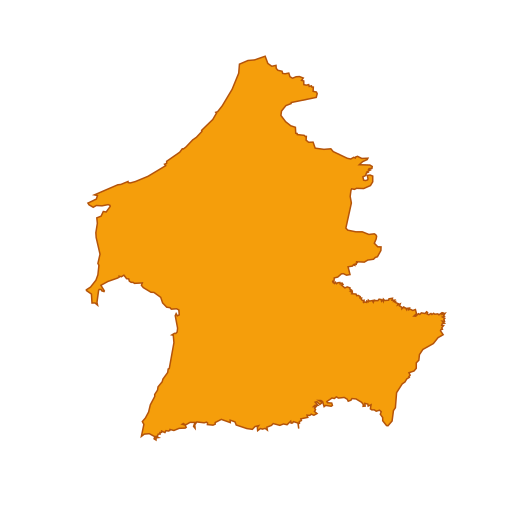 Indramayu, Jawa Barat, Indonesia (Equal Earth projection), rotated 258°
{"feature_id": "22746128B59462811669242", "entity_name": "Indramayu", "entity_type": "district", "adm_level": 2, "iso_a3": "IDN", "parent_name": "Indonesia", "parent_adm1": "Jawa Barat", "projection": "equal_earth", "projection_center": [108.112, -6.449], "detail": "fine", "context": "isolated", "style": "filled", "palette": "amber", "viewbox_px": 512, "rotation_deg": 258, "n_neighbors": 0, "source": "geoboundaries", "source_scale": "gbopen_adm2", "svg_char_len": 6065}
<svg xmlns="http://www.w3.org/2000/svg" viewBox="0 0 512 512"><g transform="rotate(258 256 256)"><path d="M449.5,306.5L448.1,295.3L448.9,288.8L447.1,279.7L438.4,277.1L424.0,267.3L409.9,254.2L405.1,248.4L404.9,246.5L403.9,247.0L398.5,242.1L390.2,228.9L389.1,229.0L384.5,222.4L382.8,218.3L377.1,210.0L375.8,207.2L376.2,206.2L373.4,203.0L367.2,188.3L365.1,187.8L364.8,185.6L363.1,186.4L356.4,166.9L353.9,153.4L353.6,148.2L354.3,146.3L355.5,146.3L354.1,138.7L354.4,135.6L349.4,110.6L348.1,113.5L344.9,111.7L342.7,102.6L340.8,103.3L337.5,106.9L338.6,110.3L337.1,115.8L337.0,122.1L335.9,123.7L334.8,123.7L330.2,118.6L331.3,115.9L327.2,112.8L326.4,108.2L320.9,107.6L312.1,104.2L307.3,103.5L290.2,103.8L281.6,99.8L279.5,100.4L270.4,97.4L265.6,94.4L260.0,87.7L258.2,83.0L257.4,83.0L253.0,87.1L244.1,85.8L243.5,88.8L240.9,90.8L243.7,90.8L255.1,94.9L255.9,95.7L255.4,97.6L254.0,97.9L252.8,99.9L253.4,100.4L259.6,98.2L261.9,105.9L263.2,116.0L263.8,117.8L264.7,117.9L263.7,120.0L264.7,122.8L260.7,124.7L260.1,126.7L257.7,126.9L256.2,128.4L255.7,130.4L254.5,131.4L253.3,139.2L251.2,137.8L248.5,139.2L242.4,145.7L241.6,148.6L235.4,154.2L229.5,154.9L224.5,158.0L223.3,161.2L221.6,162.1L220.9,167.3L219.3,169.3L214.4,168.7L213.8,166.6L216.2,165.9L214.4,164.6L201.7,164.3L198.1,163.1L196.9,161.4L197.3,160.2L196.3,157.3L195.7,158.6L188.3,157.7L164.0,147.8L163.7,146.6L160.4,145.4L155.0,139.4L152.5,138.1L148.4,133.0L145.3,131.8L141.6,128.1L139.7,127.8L132.4,121.7L125.7,118.5L120.5,114.1L117.7,110.4L114.6,111.3L103.4,106.4L105.0,109.7L104.4,114.7L100.3,119.5L98.4,118.3L96.8,119.9L98.9,120.5L98.7,122.9L100.3,120.9L100.3,122.1L102.1,123.3L101.8,125.2L103.3,125.3L103.1,127.0L104.4,127.3L102.2,130.2L103.9,131.7L103.0,133.8L103.2,135.4L104.2,135.8L102.4,139.4L103.4,145.0L102.4,150.9L102.9,152.1L105.5,151.4L106.8,148.8L107.3,150.1L105.4,152.0L107.0,156.9L105.9,161.7L102.3,159.5L100.2,160.6L103.6,161.0L106.0,163.6L103.6,170.7L103.8,173.1L102.8,173.9L101.2,173.4L99.5,178.8L100.0,181.1L101.6,181.5L103.4,188.1L98.4,196.2L100.8,196.6L98.8,199.9L98.0,201.0L94.8,201.5L89.1,211.2L87.2,216.4L89.4,219.6L89.5,223.2L88.2,221.7L84.8,221.3L86.3,224.5L85.3,226.3L85.5,229.1L83.4,230.9L86.3,231.0L87.1,235.9L88.5,238.0L85.4,244.1L86.0,248.0L84.5,251.3L87.2,255.6L85.2,255.6L85.1,257.1L86.2,258.2L83.9,262.3L78.3,261.9L83.0,262.4L83.4,263.8L85.1,264.0L85.6,266.2L87.4,266.0L87.4,273.1L89.7,272.8L88.9,275.5L89.8,277.1L88.2,279.5L89.2,282.9L91.8,280.9L93.3,282.3L94.9,281.7L96.1,283.4L96.7,281.0L97.7,282.6L97.1,285.5L100.7,283.5L100.9,285.2L97.5,287.6L98.9,290.4L101.6,287.5L101.1,289.6L99.7,290.9L94.5,291.3L95.4,293.1L93.4,298.3L94.0,299.7L96.4,299.5L97.6,295.4L98.9,295.0L101.3,300.8L100.3,303.0L101.5,305.3L99.9,307.1L99.3,312.9L96.9,315.5L94.8,316.0L95.2,318.9L96.6,320.2L95.4,324.1L90.9,328.9L88.3,330.1L86.7,329.5L86.5,331.6L89.2,331.8L87.9,334.6L85.9,334.5L86.6,337.6L82.7,336.1L81.4,337.3L80.9,339.7L79.2,341.3L79.5,344.8L77.6,346.1L75.4,344.7L71.7,346.3L68.5,345.7L63.0,348.4L62.5,349.8L66.3,354.8L76.2,358.3L78.6,360.8L93.1,365.1L100.5,372.4L101.8,375.5L104.4,377.9L105.4,380.7L106.1,380.4L107.4,382.0L110.0,381.3L110.7,386.7L112.8,389.4L118.2,390.6L120.2,393.6L125.6,395.4L129.9,399.8L133.5,411.3L138.3,417.1L140.1,422.7L144.5,420.9L145.6,421.6L145.6,423.1L147.2,422.8L149.0,425.0L149.6,423.2L151.4,424.3L151.1,426.3L153.5,424.7L152.9,426.8L154.9,426.6L155.8,427.7L157.6,425.7L157.9,427.7L158.7,427.1L160.6,429.0L160.3,426.1L161.4,427.2L161.9,426.2L160.4,422.7L161.6,421.8L161.9,418.7L163.0,417.8L162.2,415.9L163.4,415.2L162.6,412.8L163.7,411.3L165.0,412.1L166.0,411.3L164.6,409.4L166.0,405.9L164.8,404.1L165.8,402.9L163.9,399.7L164.4,398.0L166.2,401.0L170.5,400.8L170.1,398.1L172.2,395.4L171.2,393.6L173.2,395.2L173.4,392.8L172.2,392.2L174.1,391.5L174.8,389.8L175.8,390.4L174.0,387.7L175.6,387.9L177.4,386.0L179.2,387.1L178.6,384.3L179.8,385.2L181.7,382.5L182.5,383.1L182.9,381.2L184.0,382.5L184.5,379.8L186.3,380.7L186.5,377.2L185.2,376.5L185.7,372.6L187.2,371.7L185.3,371.1L186.7,370.7L185.7,369.4L187.4,369.4L188.2,367.4L187.0,366.0L187.8,362.1L186.3,361.1L187.5,360.7L188.2,361.7L188.3,357.6L189.5,356.7L187.9,356.1L188.9,354.9L187.6,354.5L188.6,352.4L187.7,351.2L190.2,352.5L190.3,350.9L191.9,349.9L192.9,350.6L193.5,348.9L194.6,349.5L196.2,347.8L196.2,346.3L198.0,345.9L199.2,341.8L200.1,342.6L201.4,341.4L201.1,343.4L202.3,341.4L202.7,342.4L204.3,340.9L205.3,341.3L206.8,338.8L206.3,336.3L209.7,333.6L210.1,335.2L211.7,334.5L211.3,332.5L212.6,332.6L212.9,330.6L212.2,328.9L213.8,328.4L212.8,327.0L214.0,326.4L213.7,325.4L214.7,326.5L215.6,325.2L215.1,327.0L218.3,328.0L218.4,331.6L220.8,335.9L220.5,337.9L218.4,340.6L218.3,344.1L226.3,343.8L226.1,348.3L227.1,349.4L226.3,350.7L227.4,350.7L227.0,352.3L228.3,352.6L228.4,353.6L229.4,353.4L227.5,360.7L228.8,364.5L228.4,370.3L229.8,372.4L230.0,374.6L235.4,379.3L238.9,380.2L239.7,377.0L243.9,374.4L247.7,377.1L250.3,378.1L252.0,377.5L253.1,376.3L253.6,370.9L257.5,365.1L258.9,358.7L262.2,351.1L264.6,349.7L288.0,360.3L294.7,360.5L300.4,362.5L301.8,363.6L300.7,366.1L301.3,368.5L299.6,375.3L301.1,382.6L304.3,385.6L309.9,386.8L311.5,384.4L311.7,381.6L308.1,381.6L307.2,380.9L307.0,378.9L307.8,377.0L311.2,377.0L311.9,379.9L314.3,381.3L314.6,383.0L315.3,382.4L316.3,385.6L317.2,384.1L318.0,384.8L317.6,387.6L319.4,388.3L321.3,386.3L323.8,376.0L326.1,379.9L327.2,384.8L328.4,385.8L329.4,379.8L332.4,376.0L332.1,374.0L331.2,373.5L332.2,372.2L331.2,368.8L332.6,365.6L342.1,353.2L345.3,351.5L346.2,344.6L349.2,336.3L355.5,335.5L356.3,331.1L358.9,329.1L363.2,330.3L362.3,329.9L362.6,329.1L364.0,328.2L366.2,321.6L367.3,321.7L367.8,320.4L373.7,321.3L376.2,317.0L381.2,312.9L388.3,309.6L392.5,311.1L396.9,316.5L397.8,322.0L398.8,322.4L398.6,347.9L402.0,349.6L403.8,349.2L405.2,346.1L409.3,347.2L409.7,345.7L410.9,345.6L410.8,343.3L412.7,343.2L412.6,340.8L413.7,338.4L417.3,339.1L418.3,337.1L420.3,339.2L422.5,335.8L423.0,332.5L422.3,328.7L424.3,326.5L428.1,326.1L428.2,322.3L429.1,320.0L431.3,319.9L433.1,316.0L435.3,314.8L438.3,315.2L438.3,310.9L441.9,307.6L449.5,306.5Z" fill="#f59e0b" stroke="#b45309" stroke-width="1.5"/></g></svg>